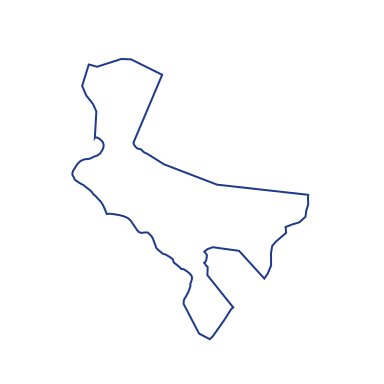 the district of La Fargue, Choiseul, Saint Lucia, rotated 257°
{"feature_id": "8701671B39771319698243", "entity_name": "La Fargue", "entity_type": "district", "adm_level": 2, "iso_a3": "LCA", "parent_name": "Saint Lucia", "parent_adm1": "Choiseul", "projection": "natural_earth1", "projection_center": [-61.043, 13.771], "detail": "fine", "context": "isolated", "style": "outline", "palette": "blue", "viewbox_px": 384, "rotation_deg": 257, "n_neighbors": 0, "source": "geoboundaries", "source_scale": "gbopen_adm2", "svg_char_len": 2124}
<svg xmlns="http://www.w3.org/2000/svg" viewBox="0 0 384 384"><g transform="rotate(257 192 192)"><path d="M91.4,243.0L95.1,247.1L102.5,252.5L114.6,255.2L121.4,258.0L124.8,262.6L127.6,267.9L131.0,274.5L136.8,275.3L137.8,281.8L138.3,289.7L142.3,297.0L148.0,299.1L153.7,302.4L160.6,303.8L163.1,304.6L193.5,218.1L225.3,170.9L236.2,160.1L239.3,156.9L240.7,155.1L241.6,154.1L243.1,153.1L245.1,151.8L246.2,149.5L246.6,148.6L248.9,147.0L251.0,146.2L253.3,146.1L312.9,189.3L335.0,162.4L337.5,153.0L335.4,127.6L337.9,123.1L338.7,121.6L339.4,120.1L320.0,108.8L309.7,110.7L305.0,113.0L299.7,115.4L291.9,116.9L266.9,109.6L267.0,109.7L266.4,111.8L264.5,114.0L261.5,115.9L260.3,116.4L257.7,116.5L255.4,115.7L252.9,114.0L250.1,111.0L248.8,107.9L248.6,105.0L247.7,101.3L247.4,99.5L248.0,94.7L247.8,92.8L247.3,90.6L246.4,88.7L244.7,86.3L240.9,82.5L239.4,80.9L237.0,79.6L235.2,79.4L233.0,80.1L230.4,80.5L226.6,83.9L223.1,87.8L217.7,92.2L215.4,93.9L211.4,95.7L210.3,96.8L206.3,99.1L202.7,101.1L199.7,102.2L194.6,103.3L190.4,103.9L189.7,104.0L189.4,106.6L188.4,109.8L185.8,116.1L184.7,118.2L183.8,119.9L182.7,121.4L180.8,123.9L178.5,125.4L177.9,125.8L171.3,128.4L167.0,130.0L164.9,131.2L163.5,133.6L163.2,137.0L162.4,139.9L158.1,142.6L156.4,143.1L156.1,143.3L152.3,143.8L147.9,144.4L145.8,144.5L142.8,146.2L141.9,147.0L140.8,147.9L138.5,149.6L137.0,152.2L133.8,155.6L130.9,158.1L127.4,158.4L123.3,161.7L122.2,162.5L120.8,163.5L120.5,163.7L119.4,164.2L118.7,166.5L116.0,169.1L113.7,171.0L110.7,172.7L107.9,172.7L104.7,171.0L102.7,169.6L101.1,169.4L100.7,169.3L99.2,168.4L96.6,166.8L95.9,166.3L94.9,165.6L94.4,165.1L94.1,164.8L92.5,163.4L91.8,162.8L90.6,161.7L90.0,160.9L89.0,160.2L88.7,160.0L88.5,159.9L88.0,159.6L86.7,159.1L84.8,158.7L84.6,158.7L52.5,167.0L52.4,167.1L44.6,176.2L47.0,180.1L59.5,194.1L69.2,204.0L70.2,206.2L107.5,188.3L115.5,190.4L117.3,189.1L118.4,188.8L119.5,188.4L120.0,188.0L120.2,187.9L120.9,189.2L121.9,190.2L122.6,190.6L124.5,191.4L126.6,192.2L127.7,192.2L128.4,192.0L129.6,191.3L131.1,190.6L131.3,190.9L132.9,194.4L133.5,200.0L130.6,207.5L124.1,224.6L91.4,243.0Z" fill="none" stroke="#1e3a8a" stroke-width="2"/></g></svg>